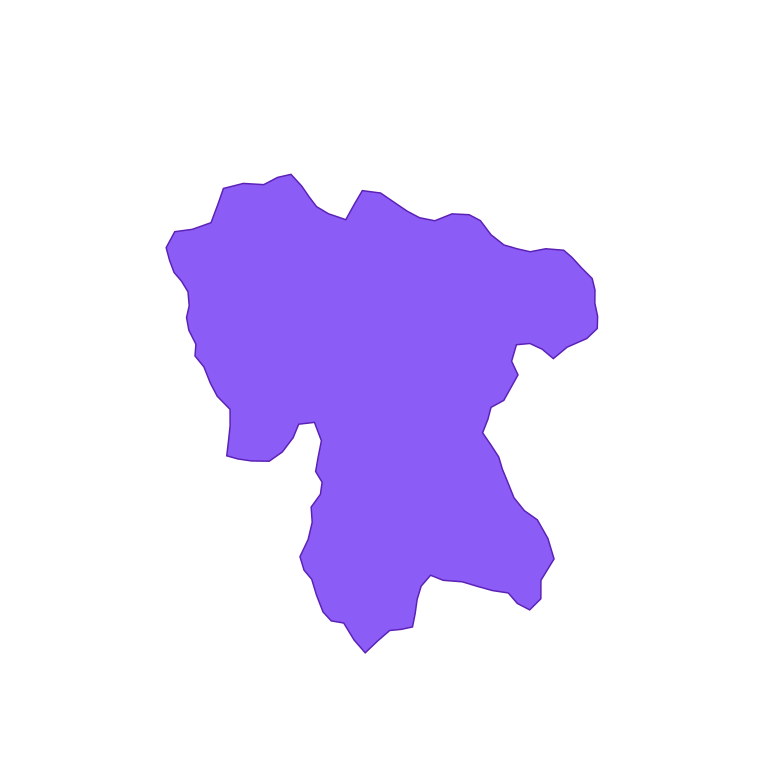 outline of Carvalhópolis, Minas Gerais, Brazil, rotated 40°
{"feature_id": "56859067B12876478935865", "entity_name": "Carvalhópolis", "entity_type": "district", "adm_level": 2, "iso_a3": "BRA", "parent_name": "Brazil", "parent_adm1": "Minas Gerais", "projection": "robinson", "projection_center": [-45.827, -21.773], "detail": "fine", "context": "isolated", "style": "filled", "palette": "violet", "viewbox_px": 768, "rotation_deg": 40, "n_neighbors": 0, "source": "geoboundaries", "source_scale": "gbopen_adm2", "svg_char_len": 1574}
<svg xmlns="http://www.w3.org/2000/svg" viewBox="0 0 768 768"><g transform="rotate(40 384 384)"><path d="M542.4,602.0L544.3,584.9L546.8,569.2L554.9,560.9L562.0,551.8L555.6,540.1L547.9,527.8L542.4,515.0L542.6,500.6L555.6,496.3L571.0,485.3L586.3,478.7L599.9,472.5L613.5,464.2L627.2,466.4L640.8,463.4L642.2,447.7L630.4,433.5L626.7,408.7L608.9,397.0L588.8,389.5L572.9,390.8L556.7,387.6L540.8,379.1L529.5,373.2L518.9,366.2L505.2,362.0L490.9,358.0L486.3,344.3L481.0,333.1L486.3,319.5L480.8,290.9L467.1,284.5L460.2,268.8L469.7,259.2L482.8,255.7L497.4,255.7L500.6,238.1L510.1,218.8L511.7,204.4L504.1,194.8L493.5,186.5L485.2,176.4L475.7,169.4L460.9,168.1L446.6,166.2L435.7,166.0L421.0,176.4L411.0,188.7L399.2,194.8L386.5,200.4L370.1,200.9L352.8,196.9L340.4,199.6L326.7,210.0L318.0,226.3L304.3,233.8L290.7,236.7L277.1,238.1L258.6,239.9L243.1,249.8L245.7,265.3L249.1,282.7L232.0,289.3L218.4,291.5L206.4,288.8L193.9,285.3L178.0,283.2L169.7,294.1L163.7,308.6L147.3,320.8L135.3,337.4L141.3,353.2L147.8,371.6L137.6,388.9L125.8,401.8L129.5,419.6L140.2,427.1L151.5,433.5L162.8,435.4L174.6,439.4L184.5,449.3L190.0,460.0L200.0,468.3L214.3,474.4L221.2,484.0L235.1,486.7L250.5,495.0L264.2,500.6L282.4,502.4L293.0,515.0L301.3,527.3L309.7,540.1L320.3,535.3L332.0,528.1L345.7,516.9L349.8,501.4L348.9,483.5L344.5,469.6L355.4,458.1L372.5,467.7L381.2,483.5L387.9,495.0L399.7,499.0L406.2,509.4L407.3,525.1L417.9,536.1L425.8,551.8L430.6,570.3L442.4,578.0L454.2,580.1L467.8,589.0L483.8,597.8L495.8,599.4L506.8,593.0L525.8,599.4L542.4,602.0Z" fill="#8b5cf6" stroke="#5b21b6" stroke-width="1.5"/></g></svg>